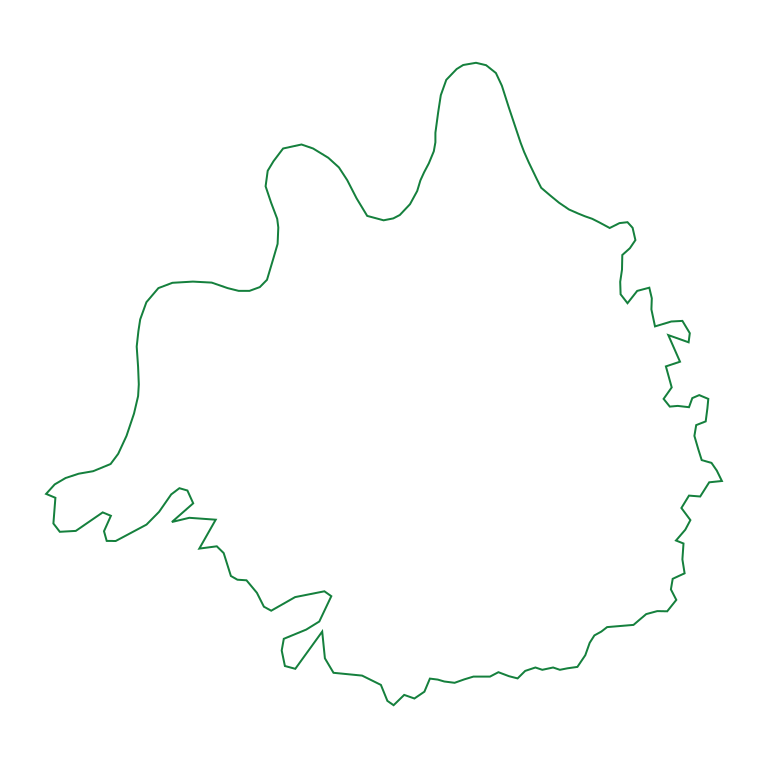 Derrubadas, Rio Grande do Sul, Brazil
{"feature_id": "56859067B9967974442205", "entity_name": "Derrubadas", "entity_type": "district", "adm_level": 2, "iso_a3": "BRA", "parent_name": "Brazil", "parent_adm1": "Rio Grande do Sul", "projection": "equal_earth", "projection_center": [-53.889, -27.229], "detail": "fine", "context": "isolated", "style": "outline", "palette": "green", "viewbox_px": 768, "rotation_deg": 0, "n_neighbors": 0, "source": "geoboundaries", "source_scale": "gbopen_adm2", "svg_char_len": 2534}
<svg xmlns="http://www.w3.org/2000/svg" viewBox="0 0 768 768"><path d="M550.0,195.3L541.2,187.8L536.8,179.1L528.8,162.5L524.1,151.9L520.6,142.7L508.6,106.8L501.9,85.8L495.9,73.0L486.1,65.2L476.0,62.8L463.2,65.0L456.7,69.0L446.3,79.8L440.8,95.2L438.2,112.1L435.4,132.8L435.4,142.3L433.8,151.3L428.8,163.4L424.1,172.3L420.4,180.4L417.2,191.0L410.0,204.2L399.8,215.0L393.3,218.4L383.6,220.3L367.2,215.9L356.6,198.4L347.2,180.1L338.9,167.4L328.3,157.8L313.1,148.5L301.5,144.5L283.1,148.5L273.5,161.2L267.7,170.8L265.6,186.3L271.1,202.7L277.2,218.8L278.3,227.5L277.6,243.9L273.2,259.0L267.0,279.8L259.8,287.1L249.4,290.9L238.8,290.9L227.6,288.1L211.7,282.6L192.9,281.6L172.4,282.8L158.4,288.1L146.4,302.2L140.2,319.4L138.4,331.1L136.7,346.6L138.1,367.0L138.8,384.4L138.1,396.1L134.0,413.6L126.5,435.9L118.2,453.8L110.6,464.0L93.1,471.2L78.7,473.7L65.6,478.0L54.7,484.4L46.1,493.9L55.4,497.8L53.4,523.5L59.8,531.8L75.8,530.9L102.7,512.4L110.9,515.8L104.0,531.2L106.7,540.9L115.7,541.0L146.5,524.6L159.1,511.8L171.2,494.4L179.4,488.2L187.4,490.5L193.2,503.3L171.9,522.0L189.3,517.8L215.7,519.7L199.3,548.6L216.8,546.3L223.7,553.1L230.9,576.0L237.4,579.7L246.5,580.3L256.9,592.8L263.9,606.7L271.2,610.7L295.1,597.1L324.4,591.3L331.3,596.2L319.3,621.5L306.2,629.6L283.8,638.8L281.7,650.5L284.9,666.0L295.3,668.8L322.2,631.6L324.9,658.3L333.5,672.8L362.1,675.6L380.9,684.9L387.4,700.9L393.6,705.2L404.2,694.9L414.4,698.5L424.4,691.7L429.9,678.6L437.8,679.6L444.3,681.5L454.6,682.8L464.2,679.4L473.4,676.6L481.7,676.6L490.0,676.6L498.4,672.2L509.0,676.2L517.6,678.4L525.2,670.9L535.4,667.5L542.3,669.8L553.1,667.5L559.9,669.8L567.5,668.3L577.4,666.9L585.3,655.2L589.7,642.8L594.4,635.4L601.3,631.6L607.1,627.1L633.5,624.9L639.7,619.6L646.2,614.1L657.3,611.1L667.2,611.3L676.3,599.9L670.9,589.4L672.7,578.8L684.6,573.3L682.4,559.4L683.5,543.5L676.0,540.5L685.3,529.7L690.4,520.1L681.4,508.0L689.0,495.6L700.2,496.5L709.2,482.3L721.9,481.0L716.8,470.6L711.5,462.9L701.7,460.1L698.3,449.3L694.4,435.9L696.2,425.1L705.7,421.4L707.4,408.3L708.3,398.9L699.2,395.1L692.3,398.1L689.0,407.2L677.7,405.9L669.8,406.6L663.6,398.9L671.7,387.4L665.9,366.4L680.0,361.7L668.3,335.1L688.6,342.3L689.8,333.2L682.4,320.9L671.3,321.5L655.0,326.4L651.4,309.4L651.8,298.3L649.3,287.7L637.2,290.9L627.5,303.2L620.6,294.3L620.2,281.8L622.0,269.6L622.3,255.0L629.9,248.2L635.4,240.1L632.6,227.8L627.5,222.2L619.5,223.1L609.7,228.0L599.5,222.5L592.2,218.8L585.0,216.3L578.1,213.5L569.0,209.5L559.0,202.7L550.0,195.3Z" fill="none" stroke="#15803d" stroke-width="2"/></svg>